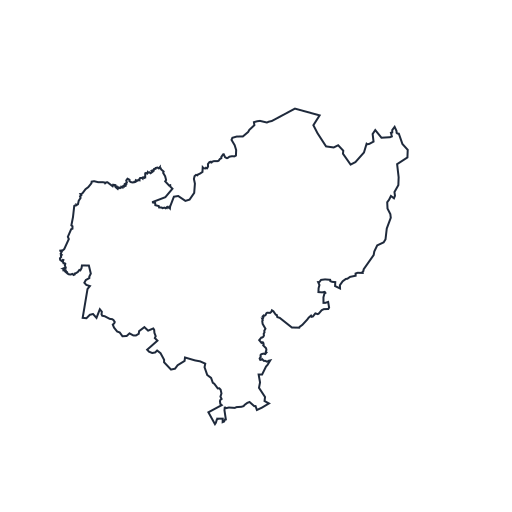 Kazdangas pag., Aizputes, Latvia, rotated 64°
{"feature_id": "27541924B75570009017892", "entity_name": "Kazdangas pag.", "entity_type": "district", "adm_level": 2, "iso_a3": "LVA", "parent_name": "Latvia", "parent_adm1": "Aizputes", "projection": "albers", "projection_center": [21.685, 56.711], "detail": "fine", "context": "isolated", "style": "outline", "palette": "slate", "viewbox_px": 512, "rotation_deg": 64, "n_neighbors": 0, "source": "geoboundaries", "source_scale": "gbopen_adm2", "svg_char_len": 6133}
<svg xmlns="http://www.w3.org/2000/svg" viewBox="0 0 512 512"><g transform="rotate(64 256 256)"><path d="M219.5,75.3L208.7,74.0L207.9,75.2L206.9,75.6L205.2,74.9L200.7,74.8L202.5,78.3L204.7,79.4L204.4,80.7L208.1,81.5L208.0,83.4L204.7,91.4L195.1,93.6L197.5,97.7L204.7,100.2L204.9,105.0L204.4,107.0L203.6,107.4L210.3,113.6L215.2,125.5L215.3,130.9L202.2,133.0L199.6,131.4L192.5,133.6L192.5,138.6L188.2,145.0L172.5,146.9L163.6,147.1L157.5,137.2L140.6,156.4L141.6,182.6L140.9,185.6L140.8,187.7L136.3,193.2L135.4,195.9L134.8,199.2L137.7,200.1L139.7,206.7L141.1,208.7L142.8,215.4L140.2,220.9L139.4,225.4L140.9,227.1L147.1,226.6L152.1,227.4L156.9,230.0L157.0,231.7L155.8,233.8L155.1,236.3L155.5,238.7L155.2,239.4L153.6,240.5L150.4,240.4L150.2,240.9L151.7,243.7L152.9,244.3L153.0,246.0L154.0,247.8L153.9,249.0L152.3,252.2L151.9,254.8L153.2,255.1L151.4,255.5L151.2,256.7L152.3,258.9L154.6,259.9L155.7,261.5L154.8,262.3L155.2,262.9L154.2,264.6L152.9,265.0L157.0,267.3L157.4,270.4L157.3,272.5L157.8,273.3L156.8,274.3L157.3,276.2L159.5,278.0L164.2,279.2L172.2,283.9L176.2,291.0L175.5,295.3L168.0,299.6L166.7,303.8L173.9,311.5L175.3,312.4L174.3,312.6L174.7,313.0L173.7,313.6L173.9,313.7L173.4,314.5L173.6,314.8L173.1,314.9L173.5,316.3L172.4,317.1L172.0,319.1L171.1,319.5L169.9,321.8L168.5,321.5L166.2,324.2L164.1,323.4L162.7,325.2L162.2,325.0L163.4,311.7L158.9,301.6L156.0,302.6L154.8,302.1L154.6,303.2L149.1,304.9L148.3,303.5L144.5,302.7L140.6,303.0L139.6,302.0L136.6,303.3L135.4,303.2L134.9,304.0L134.0,303.5L134.6,305.0L133.3,305.8L132.9,307.6L133.6,308.1L133.1,309.4L133.9,310.0L133.7,311.4L134.4,311.3L134.0,312.5L135.0,312.3L135.4,314.5L134.0,315.2L133.9,316.3L133.1,316.5L134.2,317.7L133.1,318.6L133.1,319.3L136.7,321.1L136.3,321.7L136.8,322.1L135.9,323.0L136.8,323.9L135.8,324.3L135.1,326.0L135.9,326.9L135.9,327.4L136.9,327.6L135.9,329.5L136.3,329.7L136.4,330.6L135.4,331.0L136.5,332.0L136.0,332.9L136.3,333.2L135.8,334.7L134.8,336.0L133.3,336.9L132.0,336.3L130.2,337.6L131.2,339.5L133.4,339.9L133.6,341.1L134.2,341.1L133.9,342.1L134.4,342.1L134.5,342.7L135.0,341.8L135.8,342.5L135.3,343.3L135.9,344.2L135.3,345.5L135.9,345.9L134.7,346.8L135.4,347.5L135.4,348.3L134.8,348.6L134.9,349.4L133.9,349.8L135.0,350.9L132.5,352.0L132.2,351.9L132.4,351.5L132.1,351.0L131.0,352.0L130.5,351.5L129.3,353.2L130.4,354.3L124.6,357.2L124.2,358.2L124.5,359.7L123.7,359.7L122.6,361.2L120.4,365.6L117.8,368.7L117.1,371.1L118.5,372.1L120.6,376.6L121.2,379.9L123.4,384.2L123.8,385.7L123.4,386.6L124.9,386.5L125.2,388.0L126.9,388.2L128.6,391.1L131.4,393.3L131.5,394.3L131.2,394.7L131.5,394.7L131.7,395.8L131.2,396.7L131.3,397.4L140.9,403.5L147.5,408.5L148.8,407.9L151.0,409.0L150.9,410.4L156.3,416.7L158.7,416.8L165.7,425.3L166.2,427.1L165.4,429.5L165.9,429.6L166.8,428.5L168.4,430.6L169.8,430.1L170.0,431.1L171.5,431.6L172.1,433.2L173.6,433.7L175.4,432.8L174.8,431.3L175.2,430.9L176.4,432.1L178.2,432.2L178.7,431.1L179.4,430.8L180.6,431.9L182.8,432.1L182.7,434.8L183.4,434.0L183.4,435.0L184.5,435.4L185.5,433.3L186.0,433.4L185.6,434.3L186.0,433.8L186.4,434.3L188.0,433.6L188.0,432.9L189.2,433.1L190.4,432.3L191.4,430.7L191.6,428.9L193.1,428.3L193.1,427.0L192.3,426.6L192.5,425.0L192.2,423.0L191.1,420.9L191.9,420.2L190.5,418.2L188.2,416.6L191.3,410.4L199.4,412.2L201.4,414.8L202.8,415.5L203.0,419.5L204.8,422.0L207.6,421.2L210.2,418.5L211.8,421.9L235.6,438.9L237.6,435.7L236.0,431.1L236.7,427.9L241.7,426.5L235.4,419.7L238.5,419.0L240.7,420.4L242.3,420.4L243.8,418.4L248.4,415.0L249.7,413.0L251.0,412.2L253.4,411.9L254.3,412.9L254.9,414.8L258.1,415.0L263.0,413.9L265.0,412.0L269.6,411.2L271.2,407.3L270.1,403.6L273.6,401.1L274.8,398.8L274.5,395.5L272.3,394.0L271.0,387.5L275.8,385.7L276.1,380.1L277.7,379.9L280.6,381.0L284.1,381.3L285.4,382.9L288.9,381.7L292.5,394.9L295.1,394.1L297.7,391.8L298.5,388.9L297.6,386.3L301.5,384.4L309.0,384.1L311.2,385.2L320.8,382.2L321.8,378.2L319.8,374.3L319.0,366.2L316.1,364.3L323.1,356.6L326.2,352.4L330.5,348.8L333.4,351.0L341.6,352.0L345.9,349.8L351.0,350.4L352.5,349.5L358.3,348.4L358.8,347.0L360.6,346.4L364.4,347.3L366.8,349.6L369.4,349.6L369.6,350.9L370.6,352.0L373.3,352.9L375.0,352.2L375.6,367.3L389.1,366.6L388.2,365.1L385.8,362.9L385.8,362.0L385.3,361.9L387.6,357.2L390.7,358.8L390.8,357.3L389.2,355.2L389.5,354.7L380.9,352.0L377.8,350.1L378.6,350.3L379.7,349.4L380.3,346.8L383.2,341.7L383.3,339.7L385.1,335.3L385.5,333.0L384.8,331.4L384.2,328.2L384.4,325.8L390.2,323.4L390.7,322.2L394.8,322.7L394.9,317.3L394.2,309.0L390.1,311.9L386.7,309.7L375.8,311.1L371.4,307.8L363.7,305.6L365.2,302.5L359.7,295.4L359.0,293.5L356.1,289.0L355.7,290.7L356.1,291.3L355.6,292.7L354.4,293.5L353.7,294.9L351.4,295.7L351.7,296.0L351.3,297.7L349.8,297.7L348.5,295.9L347.1,295.4L346.6,294.3L347.0,292.1L348.2,290.7L347.5,289.3L347.2,289.9L344.9,287.8L343.3,287.4L339.5,288.7L338.7,287.8L336.9,287.5L336.6,287.9L336.8,288.2L336.2,288.4L336.4,289.2L333.0,290.0L331.6,286.9L332.0,286.2L331.8,284.9L330.9,283.7L329.3,283.2L328.3,281.8L326.9,281.4L325.5,279.4L319.9,279.8L317.2,278.9L316.6,278.0L315.1,277.9L315.5,277.4L314.5,277.9L315.1,277.3L314.9,276.8L314.1,276.1L313.2,276.4L312.8,275.2L313.3,275.0L313.4,273.5L312.0,271.7L311.9,270.8L313.3,268.2L312.9,266.7L311.8,265.5L313.3,264.6L317.4,264.0L318.1,263.2L320.3,263.6L322.0,261.8L336.0,255.1L339.4,248.5L338.8,247.9L338.2,244.5L335.6,237.8L334.5,235.7L333.7,232.7L335.0,232.7L335.3,231.4L333.6,227.8L335.3,226.0L335.3,224.9L333.5,220.7L333.5,218.4L335.3,214.3L334.4,212.9L328.9,211.3L328.5,214.2L327.7,215.9L322.7,213.5L319.7,210.9L319.6,209.8L319.0,209.8L318.3,210.1L317.7,212.5L315.8,215.7L312.3,213.8L309.9,211.7L306.7,211.6L307.2,210.5L306.0,208.0L307.3,204.2L309.9,199.8L311.2,200.2L312.6,198.9L314.2,196.2L317.7,198.1L322.0,194.7L319.0,193.4L316.7,189.2L316.0,185.3L316.5,183.8L316.0,180.6L317.4,175.1L315.4,174.2L315.6,172.1L318.0,167.5L316.9,167.1L316.6,166.1L315.1,165.0L306.7,149.8L303.8,147.7L299.6,142.4L299.7,135.3L297.8,132.3L288.6,126.4L280.7,118.1L277.3,116.9L271.0,117.0L265.2,114.5L263.8,111.8L261.2,108.4L264.6,106.7L262.8,104.7L259.2,103.5L254.7,97.0L247.8,93.3L235.3,88.9L233.8,76.7L227.1,73.1L219.5,75.3Z" fill="none" stroke="#1e293b" stroke-width="2"/></g></svg>